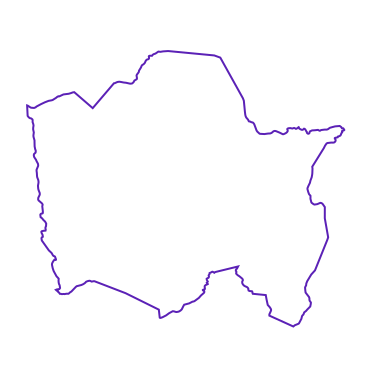 outline of San Luis, Santa Bárbara, Honduras, rotated 85°
{"feature_id": "27666195B34299357047893", "entity_name": "San Luis", "entity_type": "district", "adm_level": 2, "iso_a3": "HND", "parent_name": "Honduras", "parent_adm1": "Santa Bárbara", "projection": "mercator", "projection_center": [-88.473, 15.119], "detail": "fine", "context": "isolated", "style": "outline", "palette": "violet", "viewbox_px": 384, "rotation_deg": 85, "n_neighbors": 0, "source": "geoboundaries", "source_scale": "gbopen_adm2", "svg_char_len": 5949}
<svg xmlns="http://www.w3.org/2000/svg" viewBox="0 0 384 384"><g transform="rotate(85 192 192)"><path d="M203.9,345.0L205.2,343.6L206.9,342.5L208.7,340.9L210.3,340.2L210.8,340.0L213.3,340.4L214.2,340.9L215.1,341.2L216.7,341.0L217.7,341.3L217.7,341.5L217.7,343.3L218.0,345.1L218.4,345.5L219.4,345.5L221.7,344.6L223.6,344.5L224.2,345.6L224.7,345.9L225.3,346.0L227.3,345.8L237.7,339.7L240.5,337.2L243.1,336.0L243.7,335.4L244.0,334.6L244.5,334.1L247.1,333.4L247.6,333.4L247.8,333.8L247.8,334.3L247.5,334.7L247.5,335.0L248.7,336.1L249.8,336.9L250.8,337.5L251.7,337.8L252.6,337.8L255.8,337.4L258.7,336.7L264.2,334.3L265.7,333.1L266.7,332.4L267.6,332.5L268.8,332.7L270.7,332.7L272.1,332.5L273.3,332.0L276.1,331.8L276.7,332.2L277.1,332.6L277.3,335.2L277.6,336.1L278.6,335.2L279.1,334.1L279.3,334.0L279.6,334.2L279.8,334.1L281.1,332.9L281.9,332.5L282.1,331.3L282.4,330.6L282.4,328.7L282.6,327.9L282.4,325.9L282.6,324.0L282.2,323.3L281.3,322.2L280.7,320.9L276.4,316.0L275.8,315.1L275.0,310.3L274.3,308.3L273.7,307.2L273.0,306.1L272.5,305.7L272.1,305.1L271.7,303.7L271.5,302.3L271.5,301.7L271.8,300.9L272.5,299.8L272.3,297.7L272.4,296.9L287.0,267.0L306.3,235.3L314.3,235.1L314.6,234.8L314.7,234.2L314.2,232.3L312.7,228.6L310.7,225.3L309.1,221.6L309.3,220.5L310.1,218.5L310.2,217.8L310.1,216.3L309.8,215.1L309.0,213.6L308.0,212.4L305.0,210.6L303.6,209.6L302.7,204.5L301.3,201.1L301.2,200.0L301.0,199.2L300.6,198.5L298.1,194.4L295.8,192.0L293.6,189.0L293.1,188.6L292.5,188.4L291.8,188.6L290.9,189.7L290.5,189.7L290.2,189.0L290.4,188.2L290.0,187.8L289.0,187.5L287.7,187.7L286.8,187.5L286.4,187.2L285.8,186.3L285.3,184.8L285.1,184.3L284.6,184.4L284.2,184.9L283.7,185.2L282.6,184.1L280.9,184.9L279.8,185.0L279.2,184.1L279.0,183.3L278.6,182.8L277.8,182.5L276.5,182.7L276.0,182.3L275.5,181.8L274.3,181.6L274.2,181.4L273.6,179.5L273.3,179.1L273.2,178.6L273.4,178.1L274.2,177.1L274.4,176.8L273.8,176.0L270.2,152.6L272.3,153.9L272.9,154.8L273.5,155.1L274.4,155.2L274.8,154.9L275.6,154.7L276.6,155.1L277.2,155.1L278.8,153.8L280.2,152.0L282.5,149.7L283.4,149.1L284.3,149.0L285.7,149.8L287.0,149.9L288.4,149.4L289.1,148.9L290.1,148.0L291.6,145.4L292.4,144.7L293.4,144.3L294.1,144.4L295.1,144.2L295.7,143.2L296.0,141.4L296.2,140.8L296.7,140.6L298.1,140.5L298.7,140.3L301.1,127.5L305.5,127.1L311.1,126.4L313.5,124.6L315.0,123.8L315.8,123.5L316.6,123.5L317.6,123.9L320.6,125.6L321.9,125.7L334.8,102.8L333.7,101.2L332.6,97.6L332.2,96.9L327.9,94.1L325.2,93.2L324.5,92.6L323.8,91.7L321.7,90.7L320.4,88.7L319.2,87.5L316.4,84.2L313.8,83.4L312.4,83.2L310.5,84.3L309.3,84.4L308.0,84.3L306.8,84.6L302.1,87.6L300.1,87.7L297.1,87.7L296.0,87.2L295.1,86.5L293.1,86.1L290.9,85.0L284.6,80.4L280.8,76.3L251.5,61.4L249.0,60.3L229.7,62.0L218.6,61.0L215.3,62.9L214.6,63.6L214.2,64.3L214.0,65.2L215.0,68.2L215.2,71.0L214.8,71.9L213.2,73.7L212.7,74.0L209.1,74.6L206.1,74.3L205.6,74.6L204.8,75.3L204.3,75.6L202.1,76.2L199.4,76.7L198.8,76.7L198.2,76.6L196.1,75.5L193.1,73.7L190.9,73.0L187.8,71.5L185.3,70.8L183.8,70.5L179.0,69.9L177.3,70.0L159.7,56.8L157.4,55.4L155.4,53.7L155.0,52.7L154.9,48.8L155.1,47.4L155.1,46.3L154.8,45.7L154.3,45.0L153.5,44.5L152.7,44.4L152.0,44.6L151.3,45.1L150.7,45.0L150.5,44.5L150.2,42.1L149.5,41.8L149.1,40.1L148.6,39.2L147.9,38.7L146.5,38.1L145.7,37.2L144.5,37.3L144.2,36.9L144.0,35.6L143.5,34.9L143.3,34.9L141.8,35.7L141.6,37.1L140.4,37.6L139.1,39.1L139.1,43.7L139.5,46.1L140.0,48.8L140.3,49.5L141.2,50.9L141.6,52.3L141.4,54.5L141.5,57.4L141.6,58.2L142.0,58.8L142.1,59.4L142.0,59.7L141.1,61.1L141.2,64.2L141.1,67.0L141.9,69.2L142.6,69.6L143.5,69.9L144.0,70.5L144.1,71.2L143.8,71.7L143.3,72.2L142.9,72.4L142.1,72.4L141.2,73.0L139.7,73.6L138.9,74.3L138.7,74.9L139.5,75.9L139.7,76.8L139.6,77.3L138.9,78.6L138.1,79.6L137.6,80.0L136.9,79.9L136.7,80.1L138.0,82.2L138.1,82.7L138.1,83.1L137.6,83.7L137.1,84.7L137.5,86.5L136.9,88.6L136.9,90.0L137.0,90.8L137.3,91.3L137.6,91.6L138.0,91.6L138.6,91.4L139.3,91.3L139.9,91.5L140.5,92.0L141.1,92.7L141.6,93.6L142.1,94.9L142.4,95.9L142.3,96.6L140.4,99.7L138.7,103.0L138.4,104.0L138.4,104.7L138.6,105.5L140.1,107.6L140.5,109.1L140.4,111.1L140.6,114.8L140.0,118.9L139.8,119.6L137.5,121.7L136.4,122.3L129.9,124.1L129.0,124.6L128.3,125.1L128.0,125.6L127.6,126.9L127.0,127.7L126.6,129.1L126.1,129.4L124.9,129.8L122.5,131.5L121.0,132.0L119.5,132.2L116.6,132.3L105.6,132.4L103.1,133.1L60.6,152.1L57.9,157.9L49.5,203.5L49.4,208.6L49.6,211.2L49.2,213.3L50.9,216.3L51.4,218.3L52.0,219.3L52.8,220.0L52.6,222.2L52.7,222.7L52.9,223.1L53.2,223.2L54.7,223.1L55.4,223.3L55.9,224.0L56.1,225.2L56.5,225.9L57.5,226.8L59.2,227.7L59.7,228.2L60.4,229.0L61.4,230.8L62.3,231.4L63.4,231.9L66.5,234.2L67.7,234.5L68.3,234.9L70.3,236.7L71.2,237.1L73.7,236.9L74.6,237.1L75.0,237.6L76.0,239.7L77.2,240.4L78.2,241.5L78.6,242.1L78.7,242.7L78.7,244.2L77.4,248.3L77.0,250.4L76.1,253.5L75.8,254.9L75.9,256.7L76.9,259.6L76.9,260.3L99.8,283.6L82.3,300.6L82.4,302.1L83.0,304.3L83.4,306.3L83.6,311.6L85.1,315.7L85.2,316.3L85.0,316.6L85.1,317.1L85.5,318.0L86.4,319.3L88.2,322.8L88.4,323.7L88.7,326.9L89.8,330.7L91.4,335.0L93.2,339.2L93.5,339.8L94.0,340.3L94.5,342.0L94.0,345.0L93.5,345.8L91.6,348.2L91.4,348.7L101.8,349.1L102.7,348.6L103.8,347.7L104.3,347.0L104.7,345.8L105.2,345.2L105.9,344.6L106.5,344.5L108.5,344.7L110.0,344.3L111.4,344.1L112.2,344.1L113.6,344.5L115.6,344.8L118.9,344.4L121.6,345.0L122.4,345.1L123.7,345.0L126.8,344.4L131.1,344.7L133.0,344.8L135.6,344.5L137.1,344.1L137.8,344.1L139.1,344.4L140.5,346.1L141.1,346.3L142.0,346.4L143.6,346.1L146.3,344.6L147.6,344.2L150.4,343.0L151.8,342.9L152.6,343.0L156.3,344.9L157.4,345.0L159.6,344.9L162.6,345.0L163.9,344.9L166.7,344.1L168.4,344.0L169.4,344.1L172.4,344.9L175.3,344.9L176.6,344.7L179.7,343.8L180.9,343.8L181.8,344.1L184.3,345.6L185.8,345.9L186.5,345.8L187.1,345.5L190.1,342.6L190.9,342.1L191.5,341.9L192.0,342.0L192.8,342.3L193.3,342.4L197.2,342.3L199.1,342.3L200.0,342.5L200.3,342.8L200.4,343.9L200.7,344.6L201.2,345.0L201.7,345.1L203.9,345.0Z" fill="none" stroke="#5b21b6" stroke-width="2"/></g></svg>